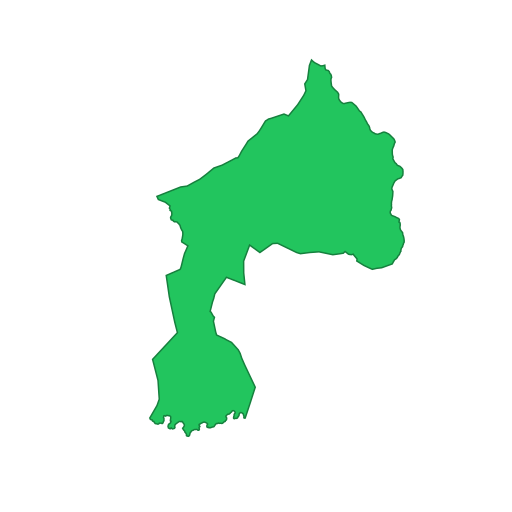 outline of Koko-Besse, Kebbi, Nigeria, rotated 216°
{"feature_id": "59680162B63684780260143", "entity_name": "Koko-Besse", "entity_type": "district", "adm_level": 2, "iso_a3": "NGA", "parent_name": "Nigeria", "parent_adm1": "Kebbi", "projection": "natural_earth1", "projection_center": [4.329, 11.446], "detail": "fine", "context": "isolated", "style": "filled", "palette": "green", "viewbox_px": 512, "rotation_deg": 216, "n_neighbors": 0, "source": "geoboundaries", "source_scale": "gbopen_adm2", "svg_char_len": 6029}
<svg xmlns="http://www.w3.org/2000/svg" viewBox="0 0 512 512"><g transform="rotate(216 256 256)"><path d="M246.7,62.5L246.2,62.4L245.4,61.7L244.5,62.0L243.8,62.4L243.1,61.8L242.3,61.7L241.4,62.1L240.3,61.5L239.0,61.2L237.8,61.8L236.5,62.3L236.0,63.0L236.0,63.9L234.4,65.1L233.5,65.2L233.2,65.9L233.2,66.5L233.6,67.4L233.6,68.6L234.0,69.0L234.5,69.8L234.9,70.4L235.9,70.9L236.1,71.6L236.6,72.5L235.9,73.2L234.9,73.4L234.8,74.1L234.4,74.8L233.0,75.3L232.4,75.9L231.6,75.9L231.1,76.0L230.4,75.7L229.7,74.7L229.1,73.5L228.4,72.3L227.6,72.4L227.1,70.6L227.8,68.4L227.1,66.5L225.8,65.4L223.9,65.7L223.6,67.1L222.1,66.9L221.5,67.5L220.7,68.6L220.7,69.5L221.7,70.5L222.3,71.8L222.1,73.2L220.9,76.9L220.3,77.4L219.0,78.0L218.7,78.7L217.6,78.5L216.5,78.0L215.1,77.6L214.2,76.5L214.0,75.0L214.1,73.5L213.1,73.0L211.9,72.6L210.8,72.5L210.1,71.8L209.1,71.5L208.4,71.4L206.9,70.4L206.7,69.8L205.9,69.8L204.6,70.5L204.3,71.6L204.9,73.2L205.4,74.4L205.4,74.8L205.2,75.1L205.3,75.9L205.3,76.6L205.0,77.3L204.4,78.1L204.2,78.8L203.9,79.3L202.8,80.2L202.3,80.6L202.0,80.9L201.4,81.0L200.9,81.0L200.6,80.9L200.0,81.3L199.8,81.6L199.8,82.1L200.0,82.6L200.9,83.4L201.2,83.7L201.3,84.1L201.1,84.9L201.3,85.2L202.1,85.4L202.6,85.7L202.9,86.1L203.0,86.5L202.8,86.9L202.5,87.1L202.4,87.6L202.2,88.2L201.5,89.3L201.2,90.2L200.2,91.3L199.5,91.5L199.0,91.7L197.5,91.9L196.5,91.7L196.2,91.3L196.3,90.6L196.2,90.2L195.4,89.0L195.0,88.8L194.5,88.8L193.9,89.5L193.2,89.3L192.9,89.5L192.5,90.0L192.2,90.0L191.9,90.3L191.2,91.3L190.6,92.2L189.8,93.0L189.7,93.6L189.8,95.0L189.7,95.8L189.7,96.5L189.5,97.2L189.3,97.5L188.7,97.8L188.3,98.6L188.1,98.9L187.4,99.0L186.2,100.0L185.7,100.2L185.3,100.4L184.9,100.8L184.6,101.6L184.4,102.8L184.2,103.4L183.9,103.7L183.7,104.1L183.9,104.7L183.9,105.2L183.7,105.6L183.6,106.0L183.7,106.4L184.0,106.8L184.3,107.5L184.6,107.7L184.9,108.0L185.2,108.2L185.6,108.1L185.9,108.3L186.2,108.6L186.3,109.1L186.0,110.8L185.9,111.3L185.6,111.6L185.1,112.0L184.8,112.4L184.5,113.5L184.5,114.4L184.1,115.4L184.2,116.6L184.0,117.1L183.6,117.4L183.2,117.7L182.6,117.8L181.4,117.5L180.8,117.1L180.6,116.8L180.6,116.5L180.7,116.1L180.7,115.7L180.6,115.4L180.5,114.9L180.0,114.1L179.7,113.9L179.6,113.0L179.0,111.8L178.8,111.6L178.4,111.5L178.1,111.5L177.7,111.8L177.6,112.2L177.3,112.5L176.5,113.0L175.9,113.8L175.8,114.2L175.8,114.7L176.0,115.1L176.1,115.6L175.9,116.0L176.1,117.2L176.3,117.7L176.7,118.0L176.8,118.4L176.9,118.9L176.7,119.5L176.3,120.4L175.7,120.7L175.0,120.8L173.6,120.8L172.7,120.0L171.7,119.5L171.4,119.1L171.2,118.6L170.9,118.3L170.7,118.0L170.4,117.9L170.1,118.0L169.5,118.5L174.4,133.9L179.5,149.4L201.3,161.3L207.6,165.0L211.6,167.9L215.1,169.6L225.0,171.7L231.3,170.7L232.4,170.7L241.4,168.9L243.8,170.7L252.1,178.2L253.6,182.0L255.4,182.3L259.5,184.2L260.5,184.1L264.2,193.3L265.2,196.6L267.1,201.2L267.4,221.4L248.2,226.4L256.0,235.1L263.0,244.6L267.6,261.1L254.9,261.1L249.9,275.8L246.0,279.0L225.2,282.7L221.4,284.0L214.6,290.4L207.5,296.4L194.6,302.2L189.6,307.0L187.0,309.6L186.6,312.0L183.8,311.9L182.3,311.8L181.1,312.3L179.4,313.3L178.5,314.6L177.3,314.2L172.5,313.0L171.5,311.2L163.1,311.8L157.9,312.8L154.1,313.6L151.1,317.0L147.4,320.4L141.1,329.7L141.4,331.6L141.5,333.0L141.7,334.3L141.0,336.1L140.8,337.9L141.1,338.9L140.9,341.5L141.3,342.9L141.6,344.3L141.6,345.2L142.2,345.7L143.0,347.9L142.9,349.7L143.4,350.7L143.7,352.0L144.1,352.9L144.3,354.3L145.3,355.7L146.9,357.4L148.4,358.7L149.5,359.3L151.2,361.1L153.4,361.7L154.3,362.0L155.8,363.1L156.6,364.1L157.5,365.8L158.6,367.1L159.4,367.7L160.3,367.5L161.4,369.8L162.6,370.2L165.0,369.7L166.7,369.5L169.9,368.6L170.8,368.7L171.3,369.1L172.4,369.5L173.2,370.3L173.7,371.4L173.7,372.7L174.3,373.7L174.4,374.4L174.9,375.2L175.9,376.0L176.4,377.0L177.2,377.9L178.4,379.9L179.0,381.5L179.7,382.8L180.7,384.8L181.9,386.7L183.2,388.7L185.2,389.8L186.0,390.7L186.4,391.8L186.9,394.1L187.4,396.1L187.6,398.5L186.6,401.8L185.7,402.9L184.6,404.7L184.8,406.3L184.7,407.5L185.4,408.8L186.7,410.7L188.1,412.3L189.7,412.8L191.1,413.0L192.5,413.1L193.9,412.7L195.1,412.5L196.8,413.1L198.5,413.2L202.5,415.1L203.2,416.6L204.8,417.8L205.7,418.7L208.2,422.0L208.9,424.2L209.2,425.9L210.1,428.2L210.4,430.0L212.0,431.1L213.4,431.8L216.8,432.3L218.7,432.6L219.4,432.7L220.6,432.7L223.8,432.1L225.3,431.5L226.1,430.6L227.4,428.3L228.2,427.4L228.7,426.3L229.5,425.8L231.5,424.9L232.9,424.9L233.9,424.6L235.5,424.6L237.4,425.0L238.6,425.7L239.6,426.7L240.8,427.5L241.7,427.9L243.4,428.4L245.4,429.5L247.8,430.5L249.7,431.6L251.0,432.2L254.7,433.7L255.9,434.2L257.4,434.1L263.1,436.1L267.0,436.4L268.8,436.5L269.8,435.9L270.8,435.1L271.6,434.2L273.5,432.1L274.2,431.2L275.1,430.6L276.4,430.5L277.9,430.5L280.0,431.1L281.3,431.7L282.4,432.8L283.5,434.5L284.2,435.5L286.2,436.4L289.9,436.8L292.5,437.3L294.7,437.9L297.2,440.5L298.6,442.1L299.5,443.5L299.8,444.9L301.0,446.1L302.3,447.0L303.5,447.1L305.1,448.2L306.6,448.5L308.7,447.6L310.3,448.3L312.5,450.8L313.7,449.2L315.4,447.8L318.0,447.5L321.8,446.9L323.8,446.9L326.3,447.2L324.8,441.6L318.0,429.0L317.7,423.9L312.7,419.0L311.8,414.0L311.2,402.9L312.1,388.4L316.8,387.3L324.5,376.5L326.5,374.0L326.5,373.7L327.7,370.8L327.0,362.2L326.8,358.7L326.9,355.5L330.0,344.2L329.7,340.8L329.2,332.2L328.5,327.5L328.4,324.9L328.7,324.5L330.1,323.3L330.2,322.9L336.8,309.6L341.8,302.4L344.3,292.6L346.6,285.0L349.5,279.2L352.8,272.1L357.5,267.6L371.2,246.0L368.2,244.3L365.1,245.1L361.0,246.2L355.0,246.0L354.6,245.1L354.2,243.8L352.6,243.2L352.3,242.4L350.7,242.6L349.4,241.3L348.6,240.3L348.0,239.0L348.0,237.9L347.6,236.7L345.9,235.5L344.9,235.7L344.1,236.1L343.4,235.7L342.2,235.7L341.1,236.5L340.0,237.1L338.8,236.8L337.6,236.8L336.5,236.3L335.5,236.2L334.4,235.2L332.9,234.2L331.2,233.3L329.8,232.8L328.8,231.7L327.7,230.2L325.8,226.4L325.2,224.6L324.1,223.7L322.7,223.9L317.1,224.2L315.9,219.1L315.3,216.1L313.5,211.3L311.1,205.5L310.0,202.7L309.5,200.6L317.2,187.5L302.1,172.0L282.7,154.6L274.5,147.8L278.9,111.6L262.1,97.7L250.1,83.3L248.2,76.9L246.7,62.5Z" fill="#22c55e" stroke="#15803d" stroke-width="1.5"/></g></svg>